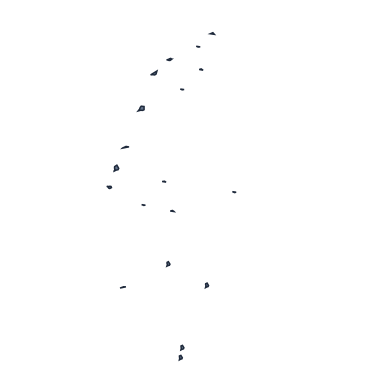 SVG path tracing the border of Shaviyani, rotated 226°
{"feature_id": "MDV-5225", "entity_name": "Shaviyani", "entity_type": "Atoll", "adm_level": 1, "iso_a3": "MDV", "parent_name": "Maldives", "parent_adm1": "", "projection": "robinson", "projection_center": [73.113, 6.266], "detail": "fine", "context": "isolated", "style": "filled", "palette": "slate", "viewbox_px": 384, "rotation_deg": 226, "n_neighbors": 0, "source": "natural_earth", "source_scale": "10m", "svg_char_len": 1761}
<svg xmlns="http://www.w3.org/2000/svg" viewBox="0 0 384 384"><g transform="rotate(226 192 192)"><path d="M287.7,209.6L288.0,211.8L288.8,213.5L289.0,215.1L286.8,216.9L284.5,214.7L284.9,213.3L286.5,211.8L287.7,209.6ZM261.1,150.4L261.2,150.5L261.8,152.3L262.5,152.6L263.1,152.9L264.0,154.0L263.5,156.6L259.9,155.7L259.4,154.3L260.5,152.5L261.1,150.4ZM305.0,243.6L303.4,250.8L301.8,248.1L302.1,246.5L303.6,245.3L305.0,243.6ZM86.1,74.3L87.1,75.8L88.2,76.5L88.5,76.8L88.9,77.2L88.3,78.6L85.6,78.0L85.5,77.8L85.1,76.9L85.7,75.6L86.1,74.3ZM80.0,66.3L81.0,67.7L82.1,68.4L82.6,68.9L82.8,69.1L82.2,70.5L79.5,69.9L79.4,69.7L79.0,68.9L79.7,67.5L80.0,66.3ZM156.1,122.4L156.9,123.9L158.1,124.5L158.7,125.2L158.3,126.6L155.4,126.0L155.0,124.9L155.7,123.6L156.1,122.4ZM113.8,135.3L114.7,136.7L114.8,136.8L115.9,137.5L116.2,137.7L116.5,138.1L116.0,139.6L113.2,138.9L112.8,137.9L113.5,136.5L113.8,135.3ZM255.3,134.7L253.9,135.8L253.1,137.0L252.2,137.6L251.1,137.1L251.6,135.3L252.5,134.8L253.8,135.0L255.3,134.7ZM304.7,265.5L303.8,267.1L303.4,268.5L302.9,269.5L301.7,269.7L301.6,269.8L301.8,267.8L302.5,266.9L303.5,266.4L304.7,265.5ZM271.9,172.4L271.9,172.5L270.6,176.2L268.3,177.9L268.1,178.1L268.4,177.8L271.9,172.4ZM293.1,315.1L292.1,317.7L289.9,317.6L293.1,315.1ZM275.1,282.3L274.2,284.1L271.9,284.6L275.1,282.3ZM172.9,73.5L171.4,76.9L169.7,78.6L172.9,73.5ZM193.5,163.1L193.4,163.2L192.3,165.1L190.6,165.5L190.4,165.5L193.5,163.1ZM220.3,177.8L218.9,179.7L217.1,180.2L220.3,177.8ZM164.2,221.3L161.2,223.6L162.0,222.2L164.2,221.3ZM293.9,296.3L291.0,298.5L290.7,298.7L292.0,297.1L293.9,296.3ZM274.2,255.1L271.2,257.5L272.3,255.9L274.2,255.1ZM218.0,147.0L217.8,147.1L215.1,149.2L214.9,149.4L215.8,148.0L218.0,147.0Z" fill="#64748b" stroke="#1e293b" stroke-width="1.5"/></g></svg>